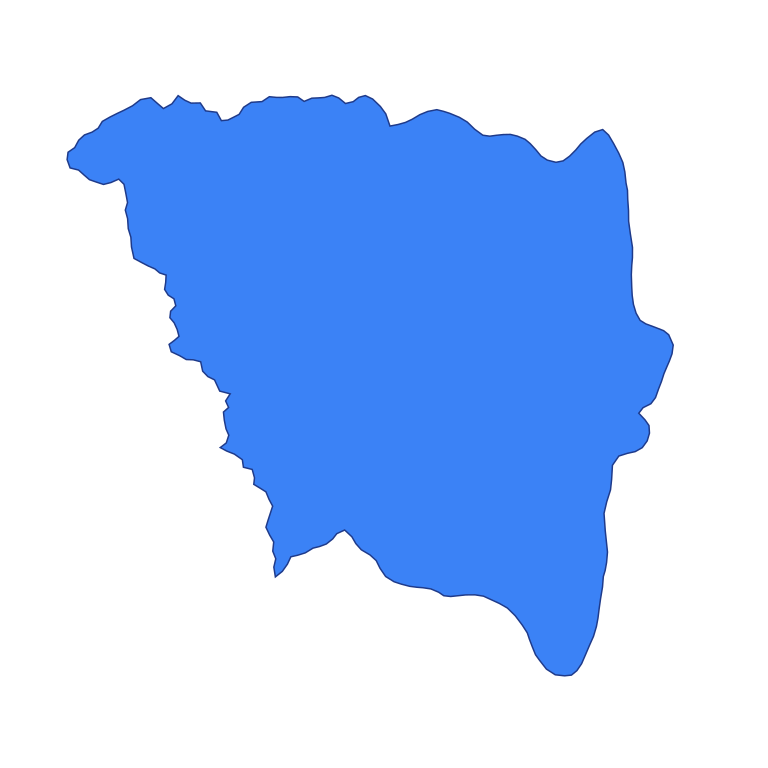 the district of Josenópolis, Minas Gerais, Brazil, rotated 174°
{"feature_id": "56859067B6058269731214", "entity_name": "Josenópolis", "entity_type": "district", "adm_level": 2, "iso_a3": "BRA", "parent_name": "Brazil", "parent_adm1": "Minas Gerais", "projection": "albers", "projection_center": [-42.539, -16.52], "detail": "fine", "context": "isolated", "style": "filled", "palette": "blue", "viewbox_px": 768, "rotation_deg": 174, "n_neighbors": 0, "source": "geoboundaries", "source_scale": "gbopen_adm2", "svg_char_len": 3302}
<svg xmlns="http://www.w3.org/2000/svg" viewBox="0 0 768 768"><g transform="rotate(174 384 384)"><path d="M558.6,692.3L565.6,684.8L574.6,681.0L579.9,686.6L585.9,693.1L596.4,692.3L605.0,687.0L614.1,683.4L621.0,681.0L628.7,678.1L636.7,674.6L641.5,668.3L648.0,665.0L655.9,663.0L662.1,658.4L666.9,651.4L674.0,647.5L675.7,640.3L673.6,631.7L665.4,628.7L660.2,622.9L655.6,618.0L649.0,614.9L642.1,611.8L634.5,612.9L626.4,615.5L621.7,609.8L620.8,600.2L620.1,591.2L623.1,584.0L621.7,575.2L622.1,565.2L620.4,556.4L620.8,546.7L619.5,535.0L612.0,529.9L606.1,526.0L599.8,522.4L595.5,517.9L589.3,515.1L590.5,507.8L592.3,501.0L589.3,494.9L584.0,490.7L582.9,483.5L588.6,478.7L590.0,472.3L586.3,466.8L584.0,459.9L582.9,452.8L587.9,449.3L593.6,445.9L592.2,438.3L584.4,433.6L578.1,429.0L571.2,428.0L564.0,425.3L563.0,415.7L558.4,409.8L552.1,405.8L548.1,394.1L538.0,390.3L543.3,383.7L541.0,376.9L546.6,372.9L546.6,364.6L545.8,355.9L543.7,349.3L547.0,341.9L553.5,337.9L547.5,333.8L540.1,329.9L532.8,323.5L532.5,315.9L524.0,312.8L522.6,304.2L524.0,297.8L518.3,293.5L512.7,289.1L510.4,281.3L507.5,274.2L510.8,266.8L513.7,260.3L516.4,253.9L513.5,245.7L510.2,238.4L512.1,229.4L509.9,221.5L512.7,213.4L512.2,203.5L504.7,208.3L498.9,214.9L494.7,221.9L487.9,222.7L479.9,224.3L471.7,228.2L465.1,229.1L458.1,230.9L451.2,235.3L446.6,240.1L438.4,242.9L431.9,235.4L428.7,228.2L423.9,221.5L415.7,215.4L410.2,209.2L407.2,201.1L402.5,192.4L394.7,186.3L387.8,183.2L379.6,180.1L372.4,178.4L366.5,177.3L358.8,175.3L351.4,171.2L346.7,167.2L339.9,165.7L331.3,165.7L324.6,165.7L315.5,164.8L307.2,162.6L299.8,158.2L292.2,153.7L284.7,148.3L277.7,139.8L271.7,129.8L267.5,121.5L266.1,115.1L263.8,106.5L261.6,98.9L258.2,93.0L252.3,83.5L244.1,76.9L234.9,74.9L228.0,74.9L222.1,78.8L216.7,85.2L211.8,93.9L206.8,102.9L202.0,111.2L198.1,120.6L195.7,128.7L193.5,138.1L191.1,147.7L187.9,159.3L186.0,169.6L183.6,175.3L181.3,183.2L179.3,193.5L179.3,203.5L179.3,215.2L179.0,223.4L178.7,232.3L174.8,243.6L169.8,255.0L167.6,265.3L165.3,279.3L158.0,287.8L149.2,289.6L141.2,290.5L133.8,293.7L128.2,299.9L125.1,307.4L124.8,315.0L128.2,321.1L133.7,328.3L128.8,333.4L120.6,336.5L115.4,342.1L111.4,350.5L107.8,357.5L104.5,365.0L100.9,371.5L97.8,377.0L94.4,383.9L92.3,392.5L95.7,403.2L100.3,407.8L108.8,412.2L117.3,416.4L122.6,420.5L125.9,428.1L127.6,437.1L127.9,446.2L127.5,454.4L126.6,466.9L125.2,476.1L123.7,483.7L122.6,493.8L123.3,507.6L123.7,520.3L122.7,530.9L122.3,542.2L121.6,551.2L122.3,558.6L122.3,569.7L123.3,579.3L126.4,589.0L130.5,599.1L134.6,608.1L139.9,614.2L148.1,612.5L156.6,607.1L163.2,602.2L168.7,596.8L175.6,591.2L182.5,587.2L189.8,586.5L198.2,589.6L204.1,594.4L208.5,601.1L213.5,607.8L218.1,612.6L225.5,616.6L232.2,619.0L239.3,619.6L246.5,619.6L252.9,619.4L259.7,621.1L267.2,627.9L273.8,635.8L281.1,641.3L290.3,646.3L296.2,648.9L302.8,651.3L312.0,650.5L320.2,648.1L328.4,644.3L335.3,641.9L342.9,640.6L351.1,639.9L354.0,652.5L358.6,660.4L365.5,668.6L372.4,672.8L379.2,671.7L385.1,668.0L393.0,667.0L399.1,673.2L405.6,676.6L413.1,675.2L419.4,675.4L425.9,675.8L433.9,673.4L439.8,678.5L447.3,679.6L455.1,679.6L461.1,680.3L468.0,681.7L475.8,677.6L486.6,678.0L494.7,673.9L499.9,667.3L506.1,664.9L511.7,662.8L518.2,662.9L521.9,671.7L532.9,674.3L537.3,682.7L546.5,683.5L552.4,687.0L558.6,692.3Z" fill="#3b82f6" stroke="#1e3a8a" stroke-width="1.5"/></g></svg>